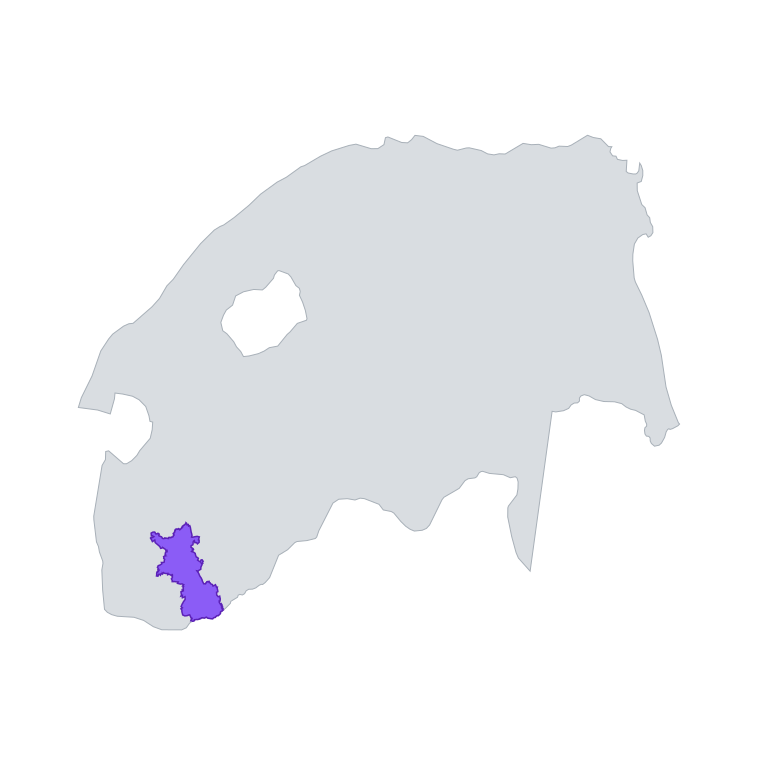 Capricorn, Limpopo, South Africa shown in context, rotated 189°
{"feature_id": "47623444B39961875100415", "entity_name": "Capricorn", "entity_type": "district", "adm_level": 2, "iso_a3": "ZAF", "parent_name": "South Africa", "parent_adm1": "Limpopo", "projection": "natural_earth1", "projection_center": [29.178, -23.544], "detail": "fine", "context": "in_parent", "style": "filled", "palette": "violet", "viewbox_px": 768, "rotation_deg": 189, "n_neighbors": 0, "source": "geoboundaries", "source_scale": "gbopen_adm2", "svg_char_len": 9608}
<svg xmlns="http://www.w3.org/2000/svg" viewBox="0 0 768 768"><g transform="rotate(189 384 384)"><path d="M545.4,109.5L565.0,106.5L573.8,108.2L584.4,112.9L594.4,114.5L611.1,112.9L616.9,113.6L621.5,115.2L624.8,117.7L629.6,136.3L633.6,156.2L633.5,162.7L634.1,165.1L638.8,173.6L640.6,178.8L643.3,183.1L649.3,204.4L650.0,208.1L649.7,259.5L647.3,265.7L648.3,273.8L645.5,274.9L628.8,264.5L625.9,264.9L621.2,268.8L616.9,274.8L614.8,280.0L606.4,293.8L605.8,302.6L606.5,310.2L609.3,310.5L611.2,315.9L615.8,324.5L623.4,330.1L630.5,332.6L640.4,333.2L648.3,333.0L647.9,327.2L649.7,311.6L662.8,313.5L682.2,313.0L680.8,323.1L673.6,346.3L668.9,372.3L663.0,385.4L659.8,390.8L650.3,400.4L645.4,403.6L641.3,404.7L625.1,424.1L619.1,433.4L613.8,447.0L608.5,454.5L600.7,470.5L587.1,494.0L575.7,509.5L570.6,513.9L567.2,516.0L558.1,524.9L545.3,539.4L535.6,552.2L521.1,566.7L512.7,573.0L500.1,585.5L496.6,587.3L482.4,599.0L472.2,606.0L455.7,614.2L449.2,616.5L433.5,614.4L426.9,615.5L421.5,620.4L421.1,627.5L418.8,628.6L404.4,625.3L398.4,625.9L395.0,629.6L392.3,634.4L384.0,634.7L369.3,629.7L352.0,626.7L348.0,626.4L339.6,630.0L336.7,630.6L324.5,629.8L317.7,627.5L311.2,627.5L306.3,629.4L300.3,630.1L284.3,643.4L275.9,643.4L268.7,644.9L255.9,643.1L252.1,644.0L248.3,646.3L239.7,647.3L236.3,649.3L221.9,661.5L215.8,660.2L208.2,660.1L199.4,653.6L196.1,654.0L196.9,652.1L197.1,648.6L193.9,645.1L190.5,645.3L188.6,642.4L183.4,642.1L179.1,643.0L178.0,631.8L175.9,630.6L170.7,630.4L168.2,630.8L167.0,631.8L165.7,634.4L166.0,642.2L164.1,640.0L161.8,635.3L161.0,630.3L161.6,624.3L165.4,622.1L164.1,614.6L157.5,601.6L153.7,598.9L150.6,592.2L147.6,589.8L146.2,585.2L143.2,581.4L142.1,575.6L143.6,572.2L146.0,570.3L148.6,573.3L151.8,572.1L156.1,567.9L158.6,561.4L158.5,551.1L157.6,544.6L153.5,527.9L151.7,524.1L143.3,512.1L133.4,496.1L120.8,470.9L114.6,455.8L105.0,425.2L96.9,407.9L87.1,391.7L85.8,390.7L87.2,388.7L92.1,385.0L94.4,383.9L95.6,384.4L96.8,383.4L97.8,380.9L98.5,375.1L100.7,369.1L102.7,366.6L107.1,364.9L110.6,367.1L112.1,369.3L112.7,372.3L114.3,373.7L116.7,373.6L118.4,375.4L119.5,379.0L119.4,381.7L118.0,383.4L118.3,385.5L120.1,388.2L122.2,394.2L131.4,397.3L136.5,397.7L141.4,399.2L146.1,401.8L153.6,402.5L164.1,401.1L172.7,401.7L179.6,404.3L184.5,404.8L187.5,403.1L188.8,400.8L188.3,397.7L189.8,395.7L193.2,394.9L195.9,392.6L197.8,388.8L202.5,385.7L210.0,383.3L213.7,383.3L210.4,222.0L224.0,233.1L227.2,238.2L234.0,253.3L241.0,272.0L242.3,281.0L242.0,282.9L235.4,295.2L235.3,301.2L236.2,308.3L237.8,311.8L239.8,313.0L244.6,311.2L251.9,313.1L265.9,312.2L272.9,313.2L274.6,312.6L276.2,311.1L277.9,306.9L279.5,305.5L286.0,303.6L288.9,301.2L293.4,292.7L307.1,281.5L308.6,278.8L316.9,251.9L319.5,248.0L323.4,245.5L331.0,243.5L335.5,244.6L340.3,246.9L345.8,250.8L354.1,258.1L356.9,259.2L365.0,259.5L370.1,264.4L385.4,267.7L389.8,267.5L394.5,264.9L402.3,265.0L410.7,263.1L415.8,258.4L425.4,228.9L426.5,222.4L427.6,220.7L435.6,217.3L445.3,214.8L447.3,213.4L453.3,205.2L461.3,198.4L466.7,174.9L470.3,169.3L472.5,167.0L474.0,166.9L476.0,165.5L478.7,162.6L481.8,160.8L485.5,160.1L487.8,158.2L488.9,155.1L490.8,153.5L493.5,153.6L495.0,152.6L495.3,150.5L501.3,145.4L501.4,143.4L504.9,138.4L511.5,130.5L517.8,126.1L523.8,125.2L534.7,121.2L538.6,117.4L541.1,112.3L545.4,109.5ZM527.5,457.0L537.2,453.1L544.3,447.8L545.9,438.2L551.3,432.4L553.3,426.9L554.8,419.3L551.6,411.4L547.1,409.1L539.0,402.2L535.5,397.6L530.6,393.7L527.1,389.1L521.6,390.6L512.9,394.3L507.5,397.8L503.0,401.9L494.9,404.8L487.4,417.8L484.9,420.8L479.1,430.3L470.5,434.9L470.3,436.6L473.2,444.4L477.2,452.1L481.4,458.4L481.2,462.3L482.6,465.3L486.4,467.4L492.7,475.2L495.8,477.7L505.4,479.6L506.8,479.1L509.3,474.5L509.7,471.1L516.0,461.0L518.8,457.9L527.5,457.0Z" fill="#d9dde1" stroke="#a8b0b8" stroke-width="1"/><path d="M537.8,120.1L537.5,120.3L537.3,120.3L536.9,120.0L536.1,119.7L535.8,119.7L535.3,119.9L534.4,120.4L534.3,120.5L534.5,121.1L534.4,121.5L532.9,121.9L532.4,122.1L531.0,122.2L530.4,122.6L529.8,122.7L529.6,122.9L529.6,123.2L529.1,123.5L528.7,123.4L528.4,123.6L528.2,123.7L528.0,124.2L527.4,124.6L526.5,124.8L525.0,124.7L524.6,124.7L523.7,125.5L523.4,125.6L523.1,125.9L522.7,125.9L522.1,125.5L521.4,125.1L520.6,125.2L520.4,125.1L520.1,125.1L519.4,125.2L518.7,125.1L518.2,125.1L517.9,125.1L517.3,125.2L516.8,125.2L516.5,125.2L516.3,125.4L516.1,125.9L515.8,126.3L515.1,126.8L514.8,126.8L514.5,127.0L514.0,127.1L513.9,127.4L513.8,127.8L513.6,128.1L513.3,128.3L512.9,128.9L512.5,128.9L512.1,129.1L511.9,129.3L511.5,129.2L511.1,129.8L510.5,130.3L510.4,130.6L509.8,131.3L509.6,131.8L509.8,132.6L509.9,132.9L509.8,133.3L509.6,133.5L509.4,133.9L509.2,134.1L508.3,134.5L507.9,135.2L507.4,135.7L508.8,136.6L508.0,137.2L509.5,138.2L508.7,138.7L510.0,139.8L509.3,140.3L510.5,141.7L511.2,141.0L512.5,142.5L512.8,143.9L512.0,144.0L512.1,146.1L513.1,148.7L513.3,148.5L514.5,148.0L516.2,149.4L516.8,152.1L515.6,152.9L516.0,154.2L516.9,156.4L516.8,157.3L517.7,157.1L518.1,157.9L519.1,159.4L520.4,158.2L521.3,157.7L522.1,159.1L523.7,159.4L524.7,160.5L525.7,160.6L525.8,161.7L527.4,161.3L528.1,160.9L528.0,160.6L528.0,160.4L528.5,160.0L528.7,159.8L528.8,159.7L528.7,159.5L528.9,159.1L529.0,158.7L530.9,158.5L531.8,159.9L532.4,160.6L533.1,162.2L534.3,163.9L535.7,165.3L536.8,166.9L537.3,167.9L539.5,170.2L538.1,170.2L537.7,171.0L536.0,172.3L536.2,174.6L535.4,177.2L536.4,178.4L535.0,178.6L535.3,179.4L535.1,180.4L534.9,180.6L536.1,181.9L537.1,181.7L537.7,179.6L539.4,180.3L540.6,180.9L540.0,182.5L540.8,183.4L542.3,183.7L543.3,185.4L544.0,187.2L546.1,188.3L547.4,188.3L547.9,188.5L546.3,190.4L546.2,190.7L546.6,191.3L547.4,190.9L547.5,191.9L548.3,192.2L549.1,192.6L549.2,194.2L547.6,195.3L547.6,196.7L547.8,198.0L547.5,199.1L546.8,199.7L546.0,197.7L544.3,198.0L543.3,196.9L541.8,198.7L542.2,200.9L542.9,201.0L542.5,204.1L544.7,204.3L546.9,203.6L549.1,202.7L550.1,202.7L549.9,204.3L550.6,206.2L551.3,207.6L552.9,212.3L553.7,213.7L554.8,213.1L555.3,214.6L556.5,214.1L557.1,215.5L557.9,216.0L557.9,215.6L557.8,215.3L557.8,215.1L558.1,214.9L558.2,214.6L558.6,214.4L558.8,213.8L559.6,213.1L559.8,213.1L559.9,212.8L560.1,212.5L560.4,212.4L560.5,212.2L560.8,212.1L560.9,211.7L560.8,211.4L560.6,211.2L561.0,210.8L561.3,210.8L561.4,210.5L561.2,210.0L561.6,209.7L561.8,209.6L561.9,209.3L562.0,209.2L562.2,208.8L562.5,208.4L562.9,208.1L563.1,208.0L563.4,208.3L563.4,208.7L563.4,208.8L563.9,208.8L564.0,208.7L564.4,209.0L564.5,208.9L564.7,208.5L564.9,208.3L565.1,208.2L565.4,208.2L565.6,208.4L565.9,208.5L566.1,208.4L566.5,208.1L566.9,208.1L567.0,208.0L567.1,207.9L567.0,207.6L567.4,207.4L567.3,207.2L567.2,206.8L567.3,206.5L567.6,206.6L567.7,206.4L567.6,206.1L567.8,205.5L567.6,205.1L567.6,204.8L568.8,203.4L568.6,203.2L568.3,203.2L568.2,203.1L568.2,202.8L567.9,202.3L568.0,202.3L568.3,202.2L568.3,201.7L568.2,201.1L568.3,200.8L568.5,200.6L568.5,200.1L568.8,199.8L569.2,199.8L569.6,199.6L569.9,199.6L570.1,199.3L570.2,199.0L570.5,198.8L570.7,199.0L571.7,199.0L572.7,198.7L572.7,198.1L572.6,197.7L572.9,197.6L573.1,197.7L573.5,197.6L573.8,197.7L575.0,197.7L575.4,197.5L575.6,197.4L575.8,197.5L576.3,197.8L576.5,197.7L576.5,197.2L577.0,197.0L577.7,196.8L578.2,196.8L578.4,196.9L578.7,196.9L579.0,197.1L579.1,197.4L579.2,197.7L579.9,198.3L580.2,198.3L580.4,198.4L580.8,198.4L581.1,198.6L582.4,198.7L582.7,199.1L582.6,199.5L582.7,199.8L582.7,200.0L582.5,200.5L582.9,200.8L583.3,201.0L583.6,201.0L583.9,201.2L584.0,201.0L584.6,200.5L585.0,200.5L585.4,200.3L586.0,200.3L586.1,200.6L586.4,200.9L586.5,201.0L586.7,201.3L587.0,201.4L587.3,201.9L588.0,201.8L589.2,201.5L590.7,200.3L590.0,197.6L589.6,198.1L587.4,197.2L588.6,196.2L590.2,195.4L590.3,195.6L590.5,195.5L590.5,195.3L590.5,195.2L589.1,193.6L588.1,192.1L586.0,194.0L585.2,191.6L580.0,188.4L578.9,186.7L577.8,187.1L577.2,187.9L577.0,187.6L576.1,187.6L575.6,187.1L575.1,187.0L573.7,186.3L573.6,186.0L573.4,185.4L572.8,185.5L572.3,185.7L572.0,184.4L572.5,184.2L573.1,184.1L573.2,183.8L573.3,183.7L573.5,183.3L573.5,183.0L573.5,182.8L573.4,182.3L573.6,181.8L573.1,181.5L573.5,180.3L572.9,180.1L573.9,179.7L574.7,179.0L574.2,177.9L574.3,177.3L573.2,176.5L573.3,176.0L573.4,175.2L573.2,173.8L573.6,173.4L574.8,173.1L575.9,172.9L575.4,172.1L575.4,171.5L576.2,170.8L577.3,169.9L577.9,169.7L578.7,169.1L578.9,167.7L579.1,167.5L577.8,166.0L578.3,165.5L578.0,164.3L577.2,164.6L577.6,163.6L578.0,162.9L578.5,163.1L578.9,162.7L578.8,161.3L578.9,160.8L578.6,160.4L578.7,158.8L577.2,158.8L577.0,159.7L576.9,160.5L576.7,160.8L576.5,160.7L576.4,160.8L576.1,160.6L575.8,160.9L575.4,160.9L574.9,160.3L574.8,160.6L574.8,161.4L574.7,161.6L574.2,161.8L573.8,161.6L573.7,161.6L573.5,161.9L573.5,162.4L572.9,161.8L572.4,163.2L571.5,162.8L570.3,162.7L568.7,162.8L567.9,163.1L567.8,161.8L566.7,162.5L565.5,162.2L564.0,161.6L563.6,162.6L563.3,162.7L563.2,162.6L563.1,162.4L563.0,161.9L563.0,161.7L563.3,161.3L563.3,161.0L563.0,160.8L562.7,160.3L563.1,159.1L563.1,158.7L563.5,158.3L563.4,158.2L562.6,157.0L562.3,156.8L562.4,156.4L562.3,156.1L562.3,155.7L561.2,155.8L560.2,156.1L558.4,156.1L556.3,156.3L556.8,154.8L553.8,154.5L552.2,155.0L550.4,154.4L551.4,152.9L550.3,152.7L550.6,151.4L550.4,151.4L549.9,148.7L551.0,149.0L550.6,147.8L552.0,147.2L551.9,146.4L551.6,145.6L551.1,144.1L551.4,142.8L550.1,143.6L550.0,142.3L549.7,141.3L548.6,142.0L547.3,142.8L547.0,141.6L546.7,140.4L547.0,139.5L547.7,138.2L548.3,136.9L548.4,136.2L548.8,135.5L549.6,132.4L548.1,131.4L549.4,130.2L548.3,129.2L548.0,127.4L547.1,125.4L546.7,124.4L544.5,123.8L542.9,124.2L542.0,124.5L541.1,125.1L539.8,125.6L539.2,124.7L538.1,123.0L537.0,122.6L537.1,122.4L537.1,121.9L537.1,121.7L537.6,121.6L537.6,120.6L537.8,120.3L537.8,120.1Z" fill="#8b5cf6" stroke="#5b21b6" stroke-width="1.5"/></g></svg>